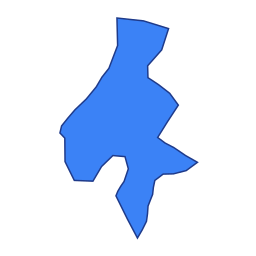 outline of Xanlar, rotated 178°
{"feature_id": "AZE-1680", "entity_name": "Xanlar", "entity_type": "District", "adm_level": 1, "iso_a3": "AZE", "parent_name": "Azerbaijan", "parent_adm1": "", "projection": "natural_earth1", "projection_center": [46.29, 40.555], "detail": "fine", "context": "isolated", "style": "filled", "palette": "blue", "viewbox_px": 256, "rotation_deg": 178, "n_neighbors": 0, "source": "natural_earth", "source_scale": "10m", "svg_char_len": 742}
<svg xmlns="http://www.w3.org/2000/svg" viewBox="0 0 256 256"><g transform="rotate(178 128 128)"><path d="M183.5,77.5L192.1,96.6L191.5,120.1L196.2,125.4L194.3,132.4L187.4,140.4L180.2,148.2L168.7,158.4L158.3,170.2L152.2,179.8L145.0,188.3L135.5,210.8L135.2,238.3L108.7,234.5L84.0,225.9L91.6,204.9L106.2,189.5L106.3,177.6L95.8,170.1L85.1,161.2L76.9,149.1L88.4,132.8L98.7,117.5L91.5,111.7L82.7,106.7L71.5,98.5L59.8,91.3L71.3,83.4L84.2,80.6L94.5,80.7L103.0,74.7L104.7,67.8L105.7,60.8L108.2,55.1L110.7,49.3L111.5,41.6L112.8,34.1L117.3,25.8L122.4,17.7L131.9,37.3L142.4,60.6L140.4,65.1L137.3,70.0L133.8,74.7L131.5,80.8L129.1,87.2L132.0,99.5L144.1,101.0L155.8,90.4L164.9,76.1L183.5,77.5Z" fill="#3b82f6" stroke="#1e3a8a" stroke-width="1.5"/></g></svg>